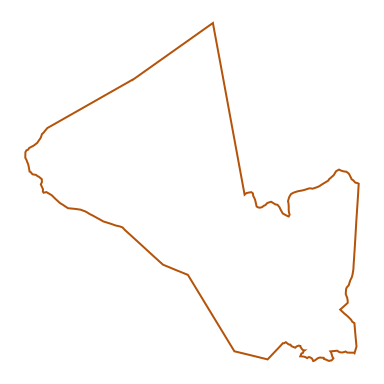 outline of Santa María Temaxcaltepec, Oaxaca, Mexico
{"feature_id": "50627088B79749806486423", "entity_name": "Santa María Temaxcaltepec", "entity_type": "district", "adm_level": 2, "iso_a3": "MEX", "parent_name": "Mexico", "parent_adm1": "Oaxaca", "projection": "mercator", "projection_center": [-97.173, 16.168], "detail": "fine", "context": "isolated", "style": "outline", "palette": "amber", "viewbox_px": 384, "rotation_deg": 0, "n_neighbors": 0, "source": "geoboundaries", "source_scale": "gbopen_adm2", "svg_char_len": 2973}
<svg xmlns="http://www.w3.org/2000/svg" viewBox="0 0 384 384"><path d="M132.5,79.7L70.0,115.2L47.4,128.0L44.6,131.3L43.9,132.3L42.8,133.4L42.0,134.0L41.4,135.9L40.7,137.8L37.2,142.9L34.0,145.4L32.6,146.2L29.2,148.0L28.2,149.6L26.5,150.3L25.4,152.2L25.3,157.8L26.6,160.2L27.1,161.7L28.2,164.4L28.7,166.5L29.6,171.6L30.4,171.8L32.5,174.3L36.0,174.9L37.6,176.2L38.8,176.7L41.8,179.2L41.9,182.2L40.8,184.4L43.0,189.3L42.8,191.3L43.2,192.1L43.6,192.7L46.4,192.1L51.7,195.2L53.7,197.2L55.0,198.5L59.9,203.0L63.2,205.0L64.6,206.0L68.0,208.2L74.2,208.8L74.4,208.8L76.7,209.1L80.7,209.7L83.3,210.7L85.0,211.3L87.1,212.4L89.8,214.1L92.9,215.6L95.7,217.2L100.1,219.6L101.7,220.5L103.2,221.4L110.3,223.6L115.4,225.4L119.7,226.4L122.5,227.4L125.0,230.1L127.9,232.7L143.9,247.3L147.8,250.9L153.7,256.3L163.0,264.7L164.7,265.4L170.1,267.6L176.8,270.4L187.9,274.9L197.1,290.0L212.1,314.7L230.0,344.1L234.4,351.3L235.7,351.6L250.2,355.1L267.6,359.4L279.3,347.1L282.9,343.2L283.9,343.3L285.8,342.2L288.2,344.1L289.4,344.7L290.5,344.7L291.2,345.9L292.2,346.5L293.5,347.0L295.2,347.7L296.7,346.4L298.8,345.6L300.4,346.0L300.5,347.0L302.3,349.5L303.1,350.1L303.9,350.4L304.5,350.4L303.8,350.9L303.3,351.7L303.0,352.8L301.4,353.6L300.3,356.3L300.8,356.3L303.9,356.6L305.8,357.3L307.1,358.1L308.6,357.1L309.8,357.2L311.7,358.3L312.4,359.2L313.2,361.0L314.6,360.6L316.3,359.3L318.0,358.1L319.2,357.7L320.3,357.5L321.2,357.7L323.1,357.8L323.7,357.8L324.1,359.1L325.4,359.3L327.4,360.3L328.6,360.8L329.4,360.9L330.4,360.5L331.4,360.5L331.6,360.4L333.4,358.3L332.6,357.1L332.2,356.2L331.2,352.6L330.4,351.4L337.2,350.7L339.1,352.0L340.6,352.4L342.3,352.5L344.2,352.0L345.6,351.5L347.3,352.6L353.9,352.7L354.5,353.2L356.5,346.5L355.4,334.7L354.4,323.1L353.2,322.4L352.1,321.5L351.3,320.0L350.1,318.7L348.1,316.7L346.3,315.1L344.4,313.6L342.9,312.2L340.2,309.6L347.7,302.9L347.7,300.6L347.2,297.8L345.8,294.3L345.8,293.0L346.1,289.1L346.8,287.4L348.7,285.3L350.3,280.3L350.9,279.1L351.7,277.5L352.5,274.7L353.0,271.8L353.4,269.1L353.6,265.1L354.1,257.9L354.6,250.1L355.3,238.8L356.4,219.9L357.9,197.4L358.6,185.5L358.7,183.7L357.5,183.1L355.3,182.6L353.3,180.4L351.5,179.1L351.0,177.8L350.0,175.8L348.9,173.7L346.4,171.7L345.1,171.6L342.9,171.2L340.6,170.4L339.0,169.6L336.1,171.2L333.7,175.2L329.0,179.3L328.3,180.6L322.0,184.4L319.3,186.2L317.5,187.0L312.7,188.7L310.9,188.4L309.1,188.4L304.8,189.8L302.5,190.4L297.6,191.3L295.9,191.9L293.4,192.7L291.0,194.1L289.6,196.3L289.0,197.7L288.0,201.3L288.4,202.8L288.7,205.7L288.7,209.6L288.9,212.0L289.6,214.8L288.7,216.5L287.4,216.0L282.8,213.5L282.0,212.2L280.2,208.8L279.5,207.2L277.5,204.8L275.4,204.4L271.2,201.8L269.6,202.2L267.2,203.1L265.4,205.1L264.1,205.6L262.1,207.1L260.0,207.7L258.1,207.4L256.6,206.5L256.0,203.6L255.6,201.9L255.0,199.5L253.3,196.0L252.8,193.3L251.4,192.2L249.1,192.5L246.4,193.1L244.6,194.7L234.9,142.1L226.2,94.9L219.9,60.7L214.2,30.1L212.9,23.0L132.6,79.9L132.5,79.7Z" fill="none" stroke="#b45309" stroke-width="2"/></svg>